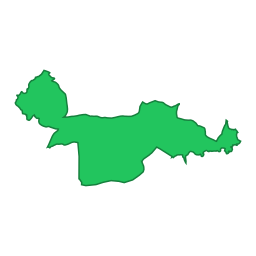 outline of Cap Estate, Gros Islet, Saint Lucia
{"feature_id": "8701671B23372433445877", "entity_name": "Cap Estate", "entity_type": "district", "adm_level": 2, "iso_a3": "LCA", "parent_name": "Saint Lucia", "parent_adm1": "Gros Islet", "projection": "albers", "projection_center": [-60.931, 14.095], "detail": "fine", "context": "isolated", "style": "filled", "palette": "green", "viewbox_px": 256, "rotation_deg": 0, "n_neighbors": 0, "source": "geoboundaries", "source_scale": "gbopen_adm2", "svg_char_len": 5739}
<svg xmlns="http://www.w3.org/2000/svg" viewBox="0 0 256 256"><path d="M81.6,184.7L85.8,185.6L96.0,184.6L103.2,182.3L111.1,180.6L118.9,181.3L124.2,182.6L132.7,179.9L139.3,175.2L143.2,171.8L143.9,169.4L143.8,168.9L143.9,169.8L143.8,167.6L143.6,166.1L143.2,165.2L141.9,162.0L142.1,162.1L142.0,161.4L142.6,160.2L143.7,158.9L149.5,154.8L150.3,154.0L151.5,153.1L152.1,152.5L156.7,147.1L159.7,148.7L169.7,155.0L171.5,156.1L172.0,156.4L171.8,157.1L172.3,156.7L173.2,157.6L175.2,156.0L175.8,155.9L176.7,155.2L177.6,154.9L178.5,154.8L179.3,154.9L180.0,154.7L182.3,154.9L182.6,155.0L182.7,156.4L182.8,156.9L183.9,158.0L184.4,160.0L185.0,161.3L185.6,162.6L185.9,163.0L185.9,162.4L186.0,161.4L185.5,157.4L185.7,156.1L185.8,155.9L186.4,155.4L186.9,155.1L187.6,154.8L187.8,154.6L188.9,152.7L189.4,152.1L190.1,151.5L190.6,151.4L191.7,151.6L192.9,151.9L193.9,152.6L195.2,154.1L195.7,154.4L196.4,154.7L197.0,154.8L198.8,154.9L199.4,154.8L200.2,154.2L200.5,154.3L200.9,154.9L201.2,156.0L201.6,156.4L202.2,156.5L202.9,156.2L203.6,155.1L203.8,154.1L203.6,153.8L203.3,153.7L203.0,153.3L203.4,152.2L203.8,151.8L205.8,150.6L206.2,150.5L206.7,150.5L207.9,151.3L208.9,151.6L209.4,151.1L211.2,151.1L211.6,151.3L214.1,151.0L216.3,151.1L216.7,150.7L217.1,150.6L217.9,151.0L218.4,151.4L219.0,151.6L219.7,151.6L220.0,151.4L220.5,150.9L220.6,150.6L220.5,149.2L221.3,148.2L221.5,148.0L223.2,148.0L224.8,148.3L225.2,148.6L225.0,149.2L224.6,150.8L224.8,150.9L225.1,151.0L225.5,151.8L226.2,152.4L226.3,153.3L226.5,153.7L227.6,153.6L228.1,153.3L229.3,152.0L229.2,151.8L228.5,151.6L228.7,151.2L229.3,151.2L230.5,151.6L231.2,151.5L231.4,151.4L231.7,151.1L232.4,149.4L232.3,148.9L232.0,148.3L232.2,147.8L232.0,147.3L231.1,147.3L230.9,147.0L232.1,146.5L232.7,146.0L232.9,145.8L232.7,145.1L232.8,145.0L234.1,145.0L234.7,144.7L235.5,144.8L236.7,145.3L237.0,145.2L236.9,145.0L236.5,144.5L236.5,144.2L236.8,144.0L237.9,144.1L238.6,143.9L239.8,142.8L240.6,141.2L239.9,140.9L239.4,140.5L237.8,139.7L237.6,139.5L237.3,138.1L236.7,136.9L236.5,134.8L236.5,134.5L236.8,133.8L236.9,132.8L237.0,132.5L237.7,132.4L237.1,131.3L236.5,130.6L235.9,130.0L235.5,129.2L234.8,129.4L234.1,129.8L233.8,129.9L233.0,129.4L231.9,129.6L231.5,129.6L231.0,129.1L230.0,129.0L229.0,128.4L228.5,127.6L227.9,125.9L227.2,122.4L227.5,121.3L227.2,121.0L226.2,120.2L225.7,124.1L224.6,125.8L223.3,128.9L223.1,129.7L222.7,130.3L222.6,130.8L222.4,131.3L222.2,132.2L221.9,133.6L221.8,134.2L221.7,134.4L221.0,134.8L219.8,136.0L218.2,137.9L217.6,139.2L216.9,140.3L216.6,140.7L216.5,141.3L216.1,141.3L213.5,139.9L209.6,138.2L207.4,137.0L206.8,136.5L205.7,135.4L205.4,134.7L205.3,131.4L205.0,130.3L205.0,129.6L204.8,128.8L204.6,128.4L204.2,127.9L200.7,126.3L199.4,125.9L198.0,125.8L197.6,125.5L195.9,123.1L192.9,120.8L192.6,120.7L190.8,120.1L188.2,120.2L184.6,119.9L180.9,118.8L178.1,118.1L177.5,117.8L177.1,117.4L176.5,113.9L176.5,112.1L176.5,111.6L176.8,110.3L177.2,108.9L177.6,107.0L178.1,105.4L179.2,104.5L179.2,103.8L178.7,103.9L178.0,104.2L175.6,105.7L174.9,106.0L174.4,106.0L172.3,107.0L171.2,107.2L169.9,106.8L166.1,104.9L165.7,104.7L163.2,102.7L162.0,102.3L160.6,102.2L158.4,101.9L155.1,100.7L149.9,102.7L147.3,104.0L146.2,103.9L145.5,103.7L143.7,102.7L142.8,102.1L142.7,102.0L142.2,102.6L140.0,106.5L139.3,111.3L139.0,112.1L138.6,112.9L137.5,113.7L134.5,115.2L133.6,115.5L132.4,116.0L131.5,116.3L128.8,116.4L124.0,116.2L123.1,116.0L121.0,116.1L118.9,116.5L114.8,117.5L114.1,117.6L111.8,118.1L107.4,117.9L105.4,117.5L104.3,117.5L102.5,117.8L101.5,117.7L100.4,117.5L97.7,116.4L96.8,116.2L93.6,116.3L91.8,116.1L90.9,116.2L90.3,116.2L85.8,114.5L83.2,114.6L79.4,115.2L77.1,115.8L73.8,116.3L71.5,116.4L67.7,117.1L63.8,117.1L64.8,116.4L65.9,114.8L67.0,112.5L67.3,111.6L67.5,109.1L67.2,106.1L66.8,103.5L66.2,98.0L65.5,94.6L65.2,94.0L61.6,90.6L60.6,89.6L59.3,87.8L58.8,86.3L58.5,85.3L58.2,84.8L57.3,83.8L55.8,82.5L55.1,82.1L52.8,81.4L52.0,81.0L51.8,80.7L53.6,79.5L54.3,79.0L54.5,78.7L54.3,78.2L53.8,78.0L52.3,77.8L51.5,77.4L50.6,76.7L50.2,76.2L49.2,75.2L48.8,74.6L48.7,74.1L48.9,73.7L49.8,72.8L49.6,72.6L48.8,72.1L46.8,71.3L44.0,70.4L43.5,71.3L42.7,72.3L42.6,72.7L42.3,73.2L41.9,73.4L41.8,74.1L40.8,74.7L40.6,75.3L39.5,75.6L39.3,76.0L38.7,76.6L37.7,76.6L37.4,76.8L37.1,76.8L36.3,77.3L35.5,77.3L35.4,77.6L35.6,78.1L35.2,78.4L35.1,78.8L33.6,79.9L33.0,80.3L32.6,80.5L31.9,80.5L31.5,80.7L31.0,81.2L30.7,81.3L30.3,81.8L29.1,83.7L28.7,85.0L28.9,86.9L28.6,87.8L27.8,89.1L27.6,89.1L27.4,88.9L27.1,89.1L27.0,89.8L27.0,91.4L26.7,92.3L26.3,92.7L25.7,93.1L25.1,93.3L23.9,93.4L22.4,92.6L22.2,92.4L22.1,91.9L21.8,91.7L21.5,91.7L21.3,91.9L21.2,92.3L20.8,92.7L20.0,94.3L19.6,94.6L19.2,95.1L18.6,95.3L17.5,95.2L16.9,95.3L16.9,95.6L17.7,96.4L18.0,96.8L18.0,97.5L17.8,98.0L17.4,99.3L17.1,99.5L16.4,99.9L16.3,100.1L16.4,100.8L16.3,101.2L15.9,102.0L15.5,102.3L15.4,102.5L15.4,103.1L15.5,103.6L16.1,104.7L17.2,105.7L17.6,105.9L18.0,106.2L19.6,107.8L20.1,108.4L20.8,109.7L21.8,110.1L22.1,110.4L22.6,113.6L25.7,114.3L26.1,114.6L25.9,114.6L26.6,116.1L26.9,117.1L26.9,118.9L27.0,119.3L27.2,119.6L29.0,120.3L29.7,120.0L31.4,118.1L32.7,116.1L34.2,115.0L34.9,116.6L35.2,116.5L35.3,116.7L36.2,117.9L36.9,118.3L38.6,118.3L39.1,118.5L38.8,121.1L38.9,121.8L39.1,122.7L39.5,123.5L40.3,124.3L41.9,125.4L43.4,126.1L45.6,126.8L46.3,126.9L48.1,126.5L49.1,126.5L50.3,127.1L55.5,128.8L58.3,129.1L57.9,130.4L54.4,133.2L53.8,133.9L53.0,135.1L52.3,136.3L48.7,144.7L47.5,147.1L48.0,146.9L49.3,147.5L49.8,147.8L51.0,146.5L50.9,146.6L52.9,146.0L53.7,145.4L54.8,145.0L56.1,144.3L56.8,144.1L59.1,144.2L59.6,144.1L61.9,143.9L63.1,144.3L63.9,144.9L64.3,145.0L64.7,145.0L65.1,145.0L67.9,144.2L71.8,142.4L73.0,142.1L73.9,142.0L74.7,142.0L77.5,142.5L77.9,142.7L79.1,156.4L79.0,178.8L79.3,178.8L81.7,182.4L81.6,184.7Z" fill="#22c55e" stroke="#15803d" stroke-width="1.5"/></svg>